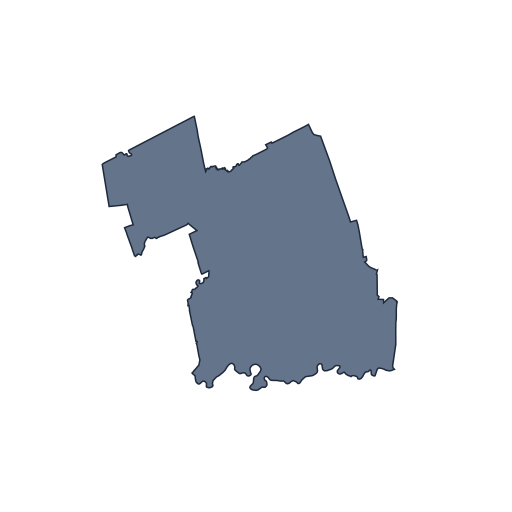 outline of Corbii Mari, Dâmbovita, Romania, rotated 125°
{"feature_id": "2599482B2224953601134", "entity_name": "Corbii Mari", "entity_type": "district", "adm_level": 2, "iso_a3": "ROU", "parent_name": "Romania", "parent_adm1": "Dâmbovita", "projection": "robinson", "projection_center": [25.473, 44.533], "detail": "fine", "context": "isolated", "style": "filled", "palette": "slate", "viewbox_px": 512, "rotation_deg": 125, "n_neighbors": 0, "source": "geoboundaries", "source_scale": "gbopen_adm2", "svg_char_len": 6119}
<svg xmlns="http://www.w3.org/2000/svg" viewBox="0 0 512 512"><g transform="rotate(125 256 256)"><path d="M269.3,434.4L299.7,404.7L291.8,395.5L287.5,391.0L289.2,389.3L300.9,374.5L303.6,376.8L308.2,379.9L311.8,374.6L312.6,373.7L321.1,361.5L321.8,360.8L325.4,355.7L325.5,354.9L325.4,354.3L324.1,354.4L323.6,353.9L323.1,354.1L322.0,353.7L321.8,352.7L321.2,351.7L321.4,351.1L321.3,350.8L321.0,350.6L319.6,350.9L319.0,351.4L318.1,351.6L314.7,352.0L311.6,352.7L311.2,353.6L309.4,354.8L308.0,355.2L302.9,355.6L302.4,355.0L302.2,354.2L302.1,352.6L301.1,351.1L299.1,350.0L298.6,348.4L298.9,347.8L298.6,347.5L298.0,347.2L297.4,347.2L296.8,346.9L296.5,346.4L295.6,346.2L291.6,343.1L270.3,330.7L269.3,330.4L268.2,330.5L269.1,319.0L276.5,323.1L284.0,313.5L294.3,299.5L294.8,299.6L301.4,291.1L301.5,290.7L301.9,290.0L301.7,289.8L295.2,286.2L296.3,285.1L298.2,284.2L299.0,283.5L300.3,282.9L302.6,283.7L302.3,284.0L302.3,284.6L302.6,284.8L303.4,285.0L304.2,285.7L304.5,285.7L304.9,285.0L305.6,285.0L306.2,284.4L307.6,284.1L308.5,284.2L310.1,285.1L310.7,286.1L310.8,286.7L309.8,287.3L309.2,287.5L308.4,288.2L308.6,289.4L308.8,289.8L309.2,290.1L310.4,290.3L311.8,290.2L312.8,289.3L313.6,288.2L313.7,287.5L313.4,287.1L313.4,286.7L313.9,286.3L315.9,286.3L317.0,286.9L318.3,287.1L318.8,287.3L319.4,288.5L320.2,288.8L322.1,288.2L323.1,288.4L323.1,288.0L322.7,287.4L323.2,286.7L326.6,286.0L326.8,285.5L327.3,285.4L328.0,285.5L330.2,286.7L331.4,286.8L333.5,284.6L335.7,283.2L335.0,282.6L338.2,279.5L338.6,279.5L349.3,268.2L349.2,268.1L349.9,267.0L360.4,256.2L359.9,255.8L359.9,255.0L360.8,254.7L362.0,254.7L362.1,254.4L361.9,254.2L369.8,246.3L373.4,242.3L378.2,240.2L384.1,240.8L385.6,241.1L386.5,240.8L387.5,241.2L388.5,241.3L388.8,240.7L389.0,237.9L389.4,236.9L391.2,235.4L392.5,234.1L393.6,232.7L393.9,231.2L393.9,229.8L393.5,229.2L392.6,228.7L390.0,228.1L388.8,227.6L388.2,226.3L388.3,224.6L388.7,223.5L391.3,221.9L391.7,221.1L391.1,219.2L390.2,218.1L388.2,216.8L386.7,217.0L385.6,218.4L383.1,219.6L381.8,219.6L377.7,219.0L375.2,217.7L370.3,216.3L367.5,215.8L363.2,216.1L360.8,215.9L358.5,215.1L357.6,213.8L357.6,212.1L358.3,210.7L359.5,209.4L360.9,208.7L361.5,207.6L361.8,203.6L361.8,202.2L361.1,201.1L359.9,200.4L358.3,198.4L358.2,197.1L358.9,195.5L359.0,194.2L358.7,193.4L357.8,192.6L356.4,192.1L355.7,192.2L355.2,192.5L354.6,193.6L352.2,196.1L351.0,196.6L349.2,196.7L347.7,196.4L346.7,195.9L345.5,195.0L344.4,193.4L344.2,192.2L344.3,189.6L345.5,187.2L346.7,186.6L347.9,186.3L352.4,186.3L353.6,186.6L355.1,187.7L356.0,188.0L357.6,187.7L360.6,185.9L361.6,185.5L363.2,185.5L365.5,186.0L367.0,185.8L367.8,184.7L367.9,183.2L367.7,182.1L366.0,178.8L364.5,177.5L360.0,175.9L359.6,175.6L359.3,174.6L358.2,173.2L355.9,172.9L355.0,173.3L353.3,174.8L352.6,176.0L352.6,177.7L352.1,178.5L351.5,179.1L350.6,179.5L349.8,179.5L349.3,179.3L348.8,178.6L348.4,177.5L348.5,176.3L349.3,173.7L349.3,172.9L348.9,171.9L345.7,167.0L344.4,164.2L342.8,162.1L342.5,161.1L342.9,158.9L343.0,158.1L342.7,157.1L341.4,155.9L338.5,155.1L336.8,154.1L336.7,153.9L336.0,151.1L336.1,149.8L336.4,148.8L336.3,148.3L335.5,147.5L334.8,147.3L330.9,147.3L326.7,146.3L325.8,145.6L321.9,141.4L320.5,140.5L317.4,139.3L315.8,139.3L314.4,140.0L312.2,142.1L311.4,142.5L310.4,142.7L309.0,142.6L307.6,142.0L307.1,140.9L307.2,139.7L310.4,136.6L310.8,135.6L310.8,134.8L310.7,133.9L309.1,132.0L305.9,129.7L304.4,128.9L302.8,128.5L301.6,128.4L300.3,127.9L299.8,127.6L298.0,124.7L298.2,124.1L298.5,123.7L299.3,123.4L303.4,123.5L304.4,122.9L304.9,122.1L305.0,121.3L304.9,120.3L304.3,119.3L303.3,118.5L301.2,117.6L300.6,117.1L300.6,116.7L301.2,114.5L301.0,111.7L300.5,110.5L300.3,109.0L299.1,108.7L298.3,107.9L297.8,107.1L296.9,104.3L297.1,103.7L298.1,102.1L297.7,100.8L296.5,99.9L295.7,99.6L293.0,99.5L291.4,99.8L288.7,99.8L288.0,99.4L286.2,97.7L284.0,97.2L283.7,97.0L283.8,96.1L286.7,93.7L287.0,93.0L286.8,91.3L286.5,90.4L285.8,89.8L279.3,91.7L277.7,91.4L277.2,90.9L276.1,88.8L275.3,86.3L275.0,83.9L273.6,80.9L272.4,79.6L269.4,77.6L269.0,79.5L268.1,80.8L248.2,90.8L235.6,99.7L229.3,103.9L228.3,104.3L225.0,106.4L219.2,110.5L215.5,112.7L212.7,114.0L213.0,114.4L212.2,114.9L212.0,120.2L214.0,123.0L221.2,124.6L218.5,126.6L221.4,131.1L218.7,132.0L218.5,134.2L201.9,146.1L201.9,146.9L197.8,148.5L198.5,148.8L198.6,150.5L199.5,154.6L199.8,157.1L199.4,159.6L198.8,162.1L198.7,163.5L196.3,162.7L195.6,163.1L193.2,165.4L195.5,167.3L193.6,169.1L190.3,171.8L189.4,172.2L189.3,173.1L177.1,185.1L172.1,190.3L169.1,194.1L173.9,198.1L170.7,202.3L147.6,234.6L136.1,249.9L120.8,271.8L122.1,274.8L123.3,278.1L122.7,280.4L118.1,288.5L122.6,290.7L133.2,296.5L138.4,298.9L154.2,307.5L154.5,307.8L153.9,308.5L153.9,308.9L159.3,311.9L160.8,308.6L161.2,308.4L162.4,308.6L172.3,313.9L176.0,316.2L176.8,316.1L178.6,316.7L179.7,316.5L180.5,317.2L182.5,317.7L185.5,319.4L187.0,321.4L187.7,321.5L188.6,321.3L191.4,321.8L191.6,322.1L191.6,322.5L190.7,323.4L190.9,323.8L191.3,324.1L192.2,324.3L194.1,323.9L195.5,325.0L195.7,325.5L196.0,325.8L197.0,325.4L197.1,325.2L197.0,324.7L198.9,324.9L199.8,325.4L200.8,325.2L202.4,326.2L202.8,326.7L202.6,327.2L203.1,327.4L202.3,328.4L203.1,328.8L202.9,329.8L203.0,330.3L202.4,330.8L202.8,331.3L201.8,331.5L201.7,332.5L202.8,333.1L203.8,333.0L204.1,333.4L203.4,334.0L205.1,335.0L205.5,335.6L206.5,335.8L207.1,336.3L206.7,336.9L207.4,337.3L207.2,337.5L206.7,337.6L207.0,338.1L206.6,338.2L206.5,338.4L207.0,338.8L206.2,339.2L206.5,339.8L205.9,339.9L205.5,340.4L205.5,340.8L205.8,341.3L207.1,342.4L207.7,343.1L208.3,343.1L208.4,344.2L209.7,344.5L210.4,344.4L211.1,344.7L211.4,344.3L211.6,344.3L211.7,344.5L211.5,345.0L211.6,345.3L212.1,345.3L211.9,345.8L212.5,345.8L212.7,346.3L213.2,346.7L214.5,346.5L214.5,346.0L214.7,345.7L215.8,345.6L210.6,351.5L199.8,362.7L191.3,371.9L186.6,376.4L177.0,386.6L177.7,387.2L180.0,388.4L242.2,420.8L242.9,420.8L243.9,419.2L244.1,418.1L243.9,416.8L244.2,416.1L245.3,415.8L247.6,417.8L247.7,418.7L247.6,419.1L246.7,420.0L246.4,420.6L246.9,421.1L248.7,421.8L248.8,422.3L248.3,424.3L248.2,425.0L248.3,425.6L249.2,426.7L253.5,428.7L254.8,427.5L255.1,427.5L266.8,433.7L268.7,434.4L269.3,434.4Z" fill="#64748b" stroke="#1e293b" stroke-width="1.5"/></g></svg>